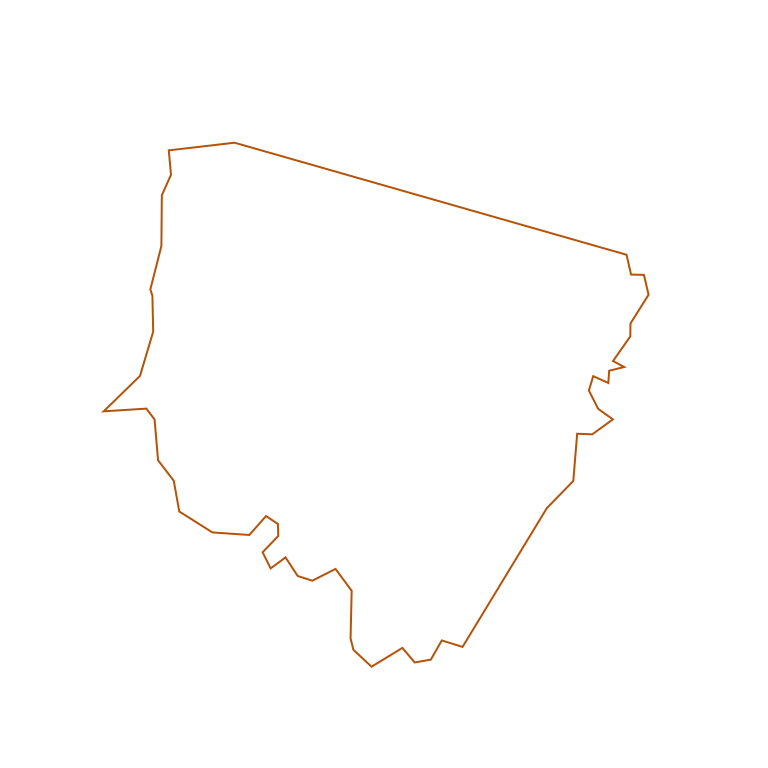 Buckingham, Virginia, United States of America (orthographic projection), rotated 256°
{"feature_id": "52423323B13800680110196", "entity_name": "Buckingham", "entity_type": "district", "adm_level": 2, "iso_a3": "USA", "parent_name": "United States of America", "parent_adm1": "Virginia", "projection": "orthographic", "projection_center": [-78.594, 37.563], "detail": "fine", "context": "isolated", "style": "outline", "palette": "amber", "viewbox_px": 768, "rotation_deg": 256, "n_neighbors": 0, "source": "geoboundaries", "source_scale": "gbopen_adm2", "svg_char_len": 814}
<svg xmlns="http://www.w3.org/2000/svg" viewBox="0 0 768 768"><g transform="rotate(256 384 384)"><path d="M281.5,181.6L270.1,216.8L284.4,237.6L273.8,247.2L262.1,244.6L250.1,225.5L232.5,229.4L239.6,246.5L218.6,253.8L210.5,266.8L216.3,292.2L191.2,302.6L145.2,290.0L133.5,290.0L112.7,303.5L123.5,338.0L106.4,346.4L105.2,362.7L121.2,378.0L109.9,396.6L224.2,512.0L244.1,544.2L289.0,559.4L284.8,573.9L294.3,597.5L308.1,585.8L328.1,581.2L341.0,588.9L330.7,601.9L342.4,605.7L342.4,621.1L350.9,611.8L370.6,634.5L383.1,637.8L406.6,662.3L427.0,662.6L430.4,650.2L450.7,650.6L654.3,297.3L662.8,231.7L638.5,227.9L620.9,214.1L571.8,201.4L532.4,180.2L525.5,180.6L490.6,172.7L450.9,149.2L425.3,105.4L417.6,147.5L405.0,152.8L364.6,146.3L341.0,156.6L309.8,154.5L281.5,181.6Z" fill="none" stroke="#b45309" stroke-width="2"/></g></svg>